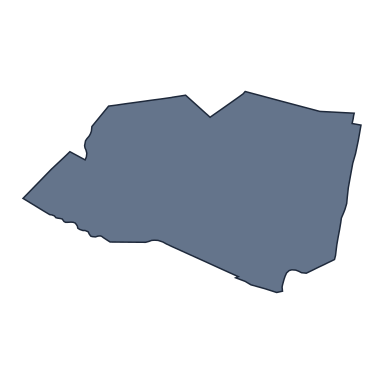 El Porvenir, Chiapas, Mexico (Albers equal-area conic projection)
{"feature_id": "50627088B63414133184656", "entity_name": "El Porvenir", "entity_type": "district", "adm_level": 2, "iso_a3": "MEX", "parent_name": "Mexico", "parent_adm1": "Chiapas", "projection": "albers", "projection_center": [-92.269, 15.429], "detail": "fine", "context": "isolated", "style": "filled", "palette": "slate", "viewbox_px": 384, "rotation_deg": 0, "n_neighbors": 0, "source": "geoboundaries", "source_scale": "gbopen_adm2", "svg_char_len": 1840}
<svg xmlns="http://www.w3.org/2000/svg" viewBox="0 0 384 384"><path d="M354.2,113.2L319.8,111.4L281.8,101.3L245.2,91.5L244.9,91.8L243.2,93.8L238.8,97.0L233.3,100.9L224.8,106.9L210.7,116.8L210.1,117.3L208.8,116.1L206.6,114.1L206.0,113.6L193.7,102.5L185.6,95.2L179.9,96.1L178.8,96.3L178.6,96.3L175.3,96.8L172.2,97.3L171.9,97.4L171.4,97.5L160.0,99.1L154.5,99.8L150.1,100.4L144.4,101.2L138.5,102.0L132.7,102.8L127.4,103.5L121.1,104.4L116.4,105.1L108.6,106.1L91.9,126.5L91.4,131.2L90.3,134.1L89.0,136.3L87.0,138.6L85.5,140.8L85.0,143.6L84.6,145.7L85.0,147.9L86.0,150.1L86.8,153.2L86.4,156.9L85.1,159.9L69.9,151.7L64.2,157.2L51.5,169.1L23.0,198.4L43.0,210.6L49.7,214.6L51.9,214.9L54.4,215.9L55.9,217.7L57.9,218.2L60.2,218.5L62.2,219.0L64.0,221.5L65.5,222.3L67.8,222.3L71.0,222.1L73.3,222.3L75.3,223.1L77.3,225.9L77.8,228.2L79.6,229.4L82.9,230.5L85.1,230.5L88.2,231.8L89.2,234.0L90.7,236.1L92.2,236.6L95.5,236.9L98.0,236.1L100.3,235.9L101.8,236.4L103.3,237.6L106.8,239.9L110.1,242.0L145.6,242.3L149.0,241.4L151.6,240.4L154.4,240.2L158.1,240.4L162.9,242.0L166.5,244.0L172.5,246.8L189.5,254.5L206.1,262.0L220.1,268.4L238.2,276.6L235.7,277.8L245.0,281.3L250.9,284.8L264.9,288.7L273.3,291.4L276.7,292.5L280.2,291.7L282.5,291.2L282.1,287.1L282.5,285.0L283.8,280.2L284.0,279.5L285.1,276.2L286.6,272.9L289.1,270.6L289.7,270.4L291.9,269.8L292.8,269.9L295.7,270.1L297.3,270.7L299.0,271.4L301.5,272.7L305.5,273.1L306.3,273.2L309.2,271.8L312.5,270.2L316.3,268.3L319.4,266.8L322.6,265.3L324.7,264.3L327.3,263.0L329.6,261.9L331.5,261.0L334.5,259.5L335.5,255.6L336.0,251.5L336.8,244.9L338.1,237.4L339.6,229.5L340.7,222.9L341.4,218.0L343.5,213.1L345.0,209.3L346.7,203.5L347.3,197.1L348.3,187.9L350.8,174.0L352.8,163.1L355.5,153.8L358.3,140.5L361.0,125.1L352.1,123.5L353.2,118.6L353.6,115.7L354.2,113.2Z" fill="#64748b" stroke="#1e293b" stroke-width="1.5"/></svg>